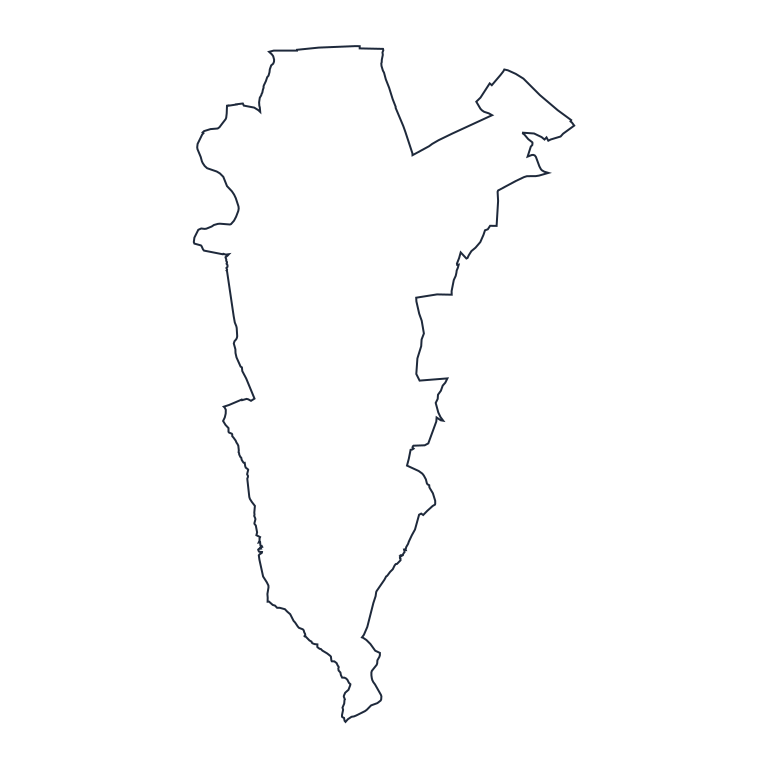 Buciumi, Bacau, Romania
{"feature_id": "2599482B95030367373704", "entity_name": "Buciumi", "entity_type": "district", "adm_level": 2, "iso_a3": "ROU", "parent_name": "Romania", "parent_adm1": "Bacau", "projection": "orthographic", "projection_center": [26.788, 46.194], "detail": "fine", "context": "isolated", "style": "outline", "palette": "slate", "viewbox_px": 768, "rotation_deg": 0, "n_neighbors": 0, "source": "geoboundaries", "source_scale": "gbopen_adm2", "svg_char_len": 6077}
<svg xmlns="http://www.w3.org/2000/svg" viewBox="0 0 768 768"><path d="M345.5,721.9L347.9,719.2L351.5,716.8L354.0,716.4L356.2,715.5L365.2,711.0L366.9,709.7L371.1,705.4L377.4,703.1L380.7,700.5L381.2,699.3L381.4,696.3L380.9,694.8L375.0,684.4L373.3,682.1L372.3,680.1L371.8,678.2L371.4,675.3L371.4,672.4L371.9,670.8L376.7,664.8L377.2,663.3L377.4,660.3L379.4,656.8L379.9,655.1L379.9,652.9L375.2,650.7L370.4,644.0L366.4,640.0L363.1,637.8L362.0,637.4L363.9,634.8L367.3,626.9L373.4,602.9L375.6,596.2L376.2,592.0L376.6,591.1L384.5,579.6L386.1,576.5L387.2,575.8L390.1,571.9L392.8,569.2L394.6,565.5L395.7,564.1L397.0,563.9L400.5,560.3L400.4,559.8L400.6,558.9L400.0,558.3L399.9,557.7L400.4,556.9L399.9,556.0L400.3,555.7L401.5,556.0L401.8,555.8L401.4,555.2L402.9,555.1L403.3,553.7L404.6,552.0L404.1,549.7L405.8,550.0L405.4,548.9L405.9,548.4L406.2,547.1L408.1,543.8L408.8,541.7L411.8,535.3L415.0,529.5L419.1,514.7L421.2,513.6L423.2,515.0L427.2,510.9L432.6,506.0L435.0,504.6L435.2,503.8L435.2,500.8L432.9,493.3L429.9,488.3L429.4,487.3L429.2,485.2L427.6,484.4L426.9,483.4L425.9,479.4L423.8,475.5L422.3,473.6L418.7,471.0L407.0,465.6L408.8,458.8L410.6,449.8L412.3,449.5L413.6,448.6L412.5,447.6L412.8,446.4L413.5,445.7L424.7,445.3L428.3,443.4L436.3,421.5L436.6,417.5L440.8,420.3L443.2,420.7L440.5,417.1L438.3,412.5L435.7,402.9L437.7,398.9L438.0,394.7L440.9,390.7L442.7,385.6L445.3,382.7L447.4,378.4L419.6,380.6L416.3,374.0L417.4,358.4L421.2,346.2L421.6,339.5L423.9,333.5L421.7,320.7L419.2,313.7L416.4,301.4L416.2,297.7L437.0,294.4L451.7,294.7L451.6,291.1L453.8,280.0L455.7,275.9L456.4,272.8L456.7,270.5L457.8,267.9L458.7,264.6L457.2,264.9L456.9,263.7L459.1,258.1L460.7,252.4L466.4,258.5L467.5,258.0L468.7,255.4L471.4,251.1L475.5,247.7L480.3,242.1L483.5,234.8L485.0,230.3L487.8,229.3L490.1,225.8L496.6,225.9L498.1,201.0L497.6,191.8L498.1,190.5L515.6,181.1L524.0,177.1L526.9,176.2L535.9,176.1L539.0,175.6L548.4,172.9L544.3,171.7L541.9,170.3L540.9,169.2L539.4,166.4L535.9,156.9L534.7,155.4L533.3,154.9L531.8,155.0L527.6,156.6L530.8,146.6L532.3,145.0L532.5,143.0L532.3,142.3L528.2,139.1L524.5,134.7L522.9,133.5L523.0,132.7L534.1,133.5L541.6,137.1L544.5,139.5L546.5,137.4L548.3,140.7L550.7,139.5L560.6,136.5L563.1,133.7L574.2,125.6L571.9,122.5L570.5,121.4L571.2,120.1L557.7,110.2L539.9,95.1L523.4,78.6L515.8,73.9L507.9,70.3L504.3,69.5L503.3,71.4L500.5,75.0L491.8,85.2L489.7,83.4L480.5,97.6L476.3,101.7L480.4,108.7L481.9,110.3L484.1,111.8L488.7,113.3L492.1,115.2L452.2,133.6L438.6,140.2L432.2,143.9L429.1,146.2L412.5,155.2L412.4,153.3L405.3,131.7L403.3,126.1L395.6,107.8L395.7,106.9L392.7,99.2L389.1,87.7L385.8,79.3L384.0,72.6L382.9,70.6L381.5,66.0L381.3,63.4L381.7,62.3L381.8,59.8L382.8,54.9L382.5,52.4L383.3,50.3L383.0,48.9L359.7,48.4L359.7,46.2L355.7,46.1L318.8,47.6L297.0,49.8L297.0,50.6L273.7,50.6L269.1,51.8L271.9,54.4L273.2,56.2L274.1,59.6L274.0,61.7L273.2,63.7L271.2,65.4L269.8,69.4L269.5,72.2L268.5,75.7L267.2,77.2L265.9,81.1L263.8,85.5L263.5,86.8L263.6,87.7L262.9,89.7L262.3,92.7L261.7,93.7L261.2,95.4L259.8,97.7L259.1,102.3L259.3,105.6L259.8,107.5L260.2,111.9L258.4,110.2L254.2,107.6L243.8,105.6L242.8,103.5L236.4,104.3L236.5,104.5L228.7,105.7L228.6,105.4L227.0,105.7L226.7,113.5L226.2,117.7L225.6,119.2L221.6,124.4L219.5,127.2L217.7,128.5L210.5,129.1L204.1,131.1L202.6,132.5L203.4,133.2L202.2,134.5L197.6,143.9L197.2,147.3L197.5,149.2L200.7,156.9L201.9,161.3L202.8,163.2L204.7,166.0L207.1,168.2L216.7,171.5L219.9,173.4L223.3,176.8L227.0,186.1L231.9,191.3L234.1,194.6L235.8,198.2L238.5,206.5L238.7,208.6L238.3,210.9L236.1,216.7L234.0,220.7L231.0,224.1L229.9,224.5L219.9,223.7L217.8,223.9L213.9,225.0L211.7,226.5L206.3,228.7L204.6,228.9L201.2,228.5L198.3,229.8L194.4,237.6L193.8,242.1L194.4,243.6L200.9,245.4L201.6,246.2L203.0,249.4L204.0,250.6L222.9,254.3L223.3,253.8L225.8,254.6L228.9,254.2L227.3,255.9L226.4,256.3L226.3,256.7L225.6,257.0L225.5,257.4L226.3,259.6L226.2,260.8L226.9,261.8L227.0,262.9L226.6,263.3L226.6,263.9L227.5,265.1L227.5,266.8L226.4,268.0L227.1,269.6L227.0,270.2L226.6,270.6L227.0,271.0L233.7,316.3L234.8,322.5L236.3,326.2L236.7,328.0L237.2,336.2L236.9,337.8L236.2,339.3L234.5,341.2L233.8,343.5L235.4,349.3L235.5,353.0L236.5,357.4L240.6,366.6L241.9,367.4L242.3,371.1L246.2,378.5L254.5,398.6L251.0,400.8L248.2,399.3L246.6,398.9L242.0,400.2L241.7,399.6L229.0,405.0L223.8,406.7L224.7,407.6L225.8,409.8L225.7,413.6L224.8,417.4L223.1,421.0L225.5,424.9L228.5,428.1L228.5,431.8L229.1,432.6L231.8,433.7L232.2,434.3L232.3,436.3L233.5,437.6L235.7,440.7L236.5,442.6L237.4,443.9L238.3,445.7L238.8,450.3L238.6,452.4L239.1,453.1L239.2,454.5L240.4,457.0L241.2,457.6L241.7,459.9L243.3,462.4L244.0,462.9L244.7,462.8L245.2,466.1L245.7,467.6L247.8,469.2L248.2,469.8L247.1,474.2L248.0,476.0L247.9,477.1L247.3,478.6L247.4,479.8L249.3,497.0L249.9,498.9L251.8,501.9L254.9,505.9L254.3,512.5L254.5,514.8L254.2,515.9L255.3,518.5L255.4,519.4L254.4,523.2L254.5,523.9L255.8,525.5L257.1,532.4L256.4,535.2L260.1,537.1L259.5,538.6L259.6,540.5L258.7,542.5L260.1,542.2L260.4,545.3L261.0,546.4L261.7,546.0L262.2,546.9L260.3,547.6L260.9,548.6L258.9,548.9L258.2,549.6L258.5,550.7L259.3,551.8L262.0,552.0L261.9,552.7L261.5,553.1L259.6,554.3L258.8,555.3L259.4,559.6L263.1,576.5L266.8,582.3L268.4,585.5L268.5,587.4L267.4,594.0L267.7,597.7L267.6,601.7L269.0,601.6L272.7,604.9L275.0,605.6L277.1,607.8L279.7,607.8L284.9,609.2L287.3,611.7L290.2,614.2L293.6,620.9L295.1,622.5L297.7,626.4L298.9,627.8L302.8,629.3L303.7,630.3L304.3,632.5L305.0,633.7L305.3,635.1L304.5,636.1L304.9,636.5L305.8,636.7L309.5,640.5L311.5,641.6L311.8,642.6L312.5,643.3L314.6,644.1L317.4,644.4L317.3,646.9L317.6,647.3L319.6,648.8L320.8,649.0L322.4,650.6L327.1,653.4L330.2,655.8L330.9,656.6L331.4,660.5L331.8,661.3L334.4,661.4L336.6,663.1L337.8,665.7L338.5,666.5L338.7,667.3L338.3,668.4L338.6,670.5L340.4,672.5L340.9,675.1L342.1,677.6L344.5,677.7L346.1,678.5L347.4,679.8L348.9,682.8L350.4,684.2L350.2,685.3L348.5,689.8L345.2,692.7L343.9,695.7L343.8,696.7L344.9,699.4L344.5,700.0L344.2,703.6L342.5,707.6L343.1,709.8L342.0,715.1L342.0,716.5L342.3,717.1L344.0,717.9L344.6,720.8L345.5,721.9Z" fill="none" stroke="#1e293b" stroke-width="2"/></svg>